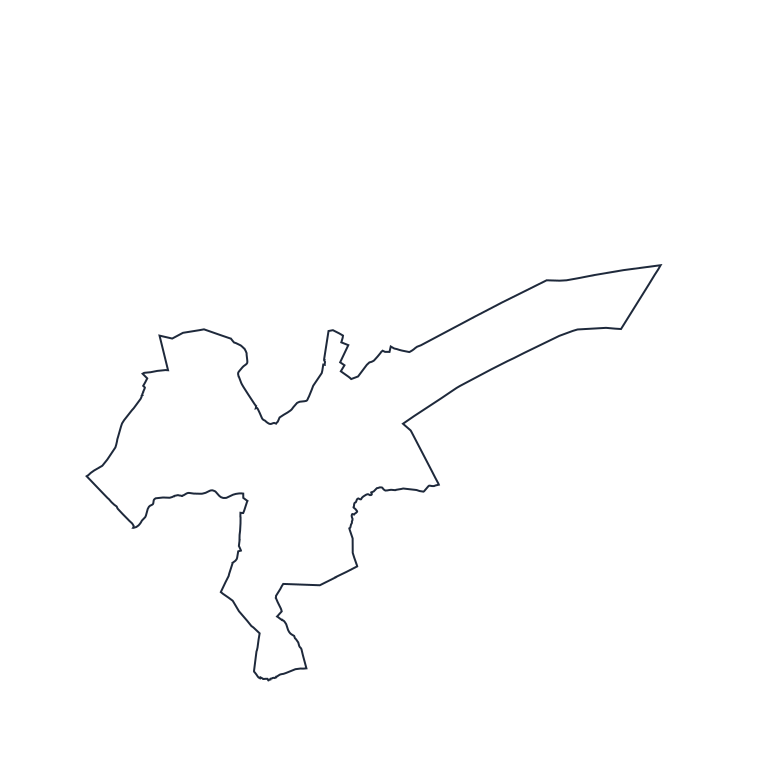 outline of Woudenberg, Utrecht, Netherlands, rotated 142°
{"feature_id": "6326949B36718410472652", "entity_name": "Woudenberg", "entity_type": "district", "adm_level": 2, "iso_a3": "NLD", "parent_name": "Netherlands", "parent_adm1": "Utrecht", "projection": "mercator", "projection_center": [5.439, 52.08], "detail": "fine", "context": "isolated", "style": "outline", "palette": "slate", "viewbox_px": 768, "rotation_deg": 142, "n_neighbors": 0, "source": "geoboundaries", "source_scale": "gbopen_adm2", "svg_char_len": 6140}
<svg xmlns="http://www.w3.org/2000/svg" viewBox="0 0 768 768"><g transform="rotate(142 384 384)"><path d="M641.7,217.5L639.1,216.6L629.4,213.8L625.0,211.2L622.7,209.3L620.2,207.7L614.9,220.2L612.3,225.9L612.2,226.6L612.1,227.5L612.3,228.4L612.2,229.2L612.0,230.0L610.7,233.1L610.5,236.6L610.5,237.2L610.7,238.5L609.9,240.8L610.9,243.3L611.2,244.3L611.4,245.2L611.4,247.1L611.0,249.3L609.1,254.5L608.9,255.2L608.7,257.9L608.8,259.1L609.2,259.9L609.7,260.7L609.4,261.0L610.1,262.0L611.1,265.8L611.4,266.6L604.6,267.8L603.9,269.4L603.5,270.7L602.1,277.5L601.1,281.3L601.1,281.9L600.9,282.2L600.3,282.5L599.6,283.5L591.9,286.3L589.1,287.6L586.5,288.5L558.7,265.1L558.4,264.9L541.0,261.4L541.0,261.6L529.5,259.1L517.4,256.8L517.1,257.4L514.3,265.7L512.6,270.2L503.8,281.6L500.9,289.9L500.2,291.6L499.5,291.5L498.8,291.7L496.6,293.5L494.8,294.3L493.8,295.6L493.0,295.9L491.8,297.1L491.4,298.5L490.7,300.0L489.6,300.9L489.0,301.0L488.6,300.6L488.0,299.6L487.5,299.8L485.2,299.7L483.8,299.9L483.7,300.0L483.5,300.5L483.5,302.2L483.5,302.9L484.0,305.4L483.9,305.7L483.0,306.1L481.5,307.7L480.6,308.3L480.0,308.4L479.2,308.2L478.7,308.3L476.4,309.7L475.3,309.8L474.7,309.6L473.7,307.7L473.0,307.3L471.3,308.0L469.6,308.1L466.5,307.8L465.1,307.4L464.3,306.8L463.5,305.1L462.6,304.5L462.1,304.4L461.4,304.7L461.2,305.1L461.1,305.9L461.0,306.3L460.7,306.5L460.0,306.2L459.9,306.1L458.2,305.7L453.8,306.3L452.6,305.7L450.9,305.1L449.9,304.3L449.2,303.4L449.2,301.3L448.9,300.1L448.5,299.2L446.9,298.1L445.3,297.3L443.6,296.3L440.7,293.6L440.1,293.2L439.7,293.2L434.9,290.6L433.6,290.0L433.2,289.8L423.8,280.6L423.2,279.8L422.5,278.7L421.8,277.7L419.2,274.9L418.5,274.8L412.1,276.1L411.1,276.1L410.4,275.6L408.9,273.9L407.5,272.8L405.8,272.3L402.8,270.9L402.5,271.9L401.3,278.7L399.8,286.5L391.9,329.0L391.6,330.9L391.7,331.6L393.2,339.3L393.4,340.5L393.5,341.0L380.2,340.2L347.8,337.5L336.1,336.7L329.2,336.2L325.4,335.7L290.5,329.5L272.7,326.0L265.6,324.4L254.4,322.2L216.2,314.0L202.5,309.6L197.9,307.8L174.4,291.5L168.1,285.6L163.4,281.4L114.3,299.3L103.4,303.4L97.3,305.5L92.9,307.3L125.2,326.3L150.9,340.2L166.6,348.2L176.4,353.4L182.0,357.3L192.0,365.6L240.9,375.6L270.0,381.0L331.1,391.8L335.0,393.0L337.4,393.1L339.0,393.0L341.3,393.1L343.5,393.4L344.4,393.6L349.2,399.2L350.9,401.4L352.3,403.5L354.1,405.7L355.6,409.4L359.9,405.9L363.4,408.7L364.6,411.1L366.9,410.9L367.6,410.6L372.1,409.6L377.2,408.7L378.0,408.7L379.6,409.0L380.6,409.3L382.2,410.0L385.7,409.7L399.8,405.9L406.8,408.1L407.1,410.0L407.5,411.6L410.2,420.6L403.6,423.1L405.2,428.1L388.2,436.6L392.0,443.1L388.2,445.8L386.5,447.4L388.1,451.4L391.1,457.8L391.4,458.0L395.1,459.9L415.7,440.6L416.2,440.0L416.1,439.8L416.5,439.7L416.9,437.7L418.5,436.2L418.9,435.6L419.9,436.7L424.4,432.5L426.4,430.9L440.9,426.2L444.3,424.1L451.1,420.2L451.9,419.9L453.9,418.8L454.8,418.5L455.7,418.6L457.3,419.4L461.3,421.9L462.7,422.3L464.2,422.6L469.5,421.6L472.4,420.8L473.9,420.7L477.5,420.9L482.0,421.5L486.9,421.9L490.9,419.7L492.2,419.6L493.4,419.2L494.5,420.9L495.2,421.3L497.4,422.0L498.1,422.4L498.9,423.3L499.2,424.0L499.6,425.0L500.0,426.4L500.3,428.3L501.1,430.0L501.3,431.2L501.2,432.2L499.8,437.6L498.8,442.1L498.8,443.1L498.9,443.4L500.0,443.8L499.3,444.3L498.8,445.1L498.3,445.4L498.4,446.0L498.4,447.6L497.4,459.7L496.6,468.1L496.2,471.1L495.9,472.6L493.9,479.0L494.0,479.3L492.9,481.6L492.4,482.2L492.0,482.6L490.9,483.1L485.3,484.3L483.7,484.5L480.9,484.4L479.7,484.5L478.9,484.8L478.1,485.5L477.2,486.8L474.2,491.7L473.5,492.6L473.2,493.2L472.7,495.0L472.2,497.8L472.4,498.1L472.7,500.4L473.1,502.4L473.3,502.9L475.5,507.4L476.6,509.0L476.7,510.8L476.7,514.1L477.0,514.4L481.9,521.9L492.2,537.9L496.4,540.1L510.9,548.1L522.9,550.2L531.1,560.3L545.7,527.8L547.6,529.5L554.6,533.9L560.7,537.0L565.4,540.0L566.3,540.5L567.9,540.7L567.1,534.2L571.2,532.3L574.9,530.8L574.6,528.6L574.7,528.3L576.0,527.5L578.4,526.2L578.6,526.1L578.6,525.9L580.4,525.0L581.2,524.4L581.2,523.9L582.2,524.0L582.4,523.7L582.9,523.2L584.8,522.2L585.4,522.0L596.1,519.0L598.9,518.5L611.1,515.5L614.7,514.2L617.3,512.5L625.8,506.3L628.2,504.6L629.7,503.2L632.3,501.1L634.7,499.4L648.6,494.8L656.3,493.0L665.6,494.3L669.8,494.5L673.0,494.2L675.1,494.4L672.6,469.7L672.0,464.1L671.7,462.8L671.5,458.6L670.9,454.9L670.1,452.2L670.1,451.9L670.6,450.0L670.6,449.3L670.0,442.5L669.1,434.7L669.0,433.5L668.3,429.1L668.6,426.4L669.8,425.2L670.2,425.1L670.0,424.9L667.2,423.8L664.5,423.7L662.8,424.0L661.0,424.5L658.9,425.4L654.1,426.1L652.6,426.9L647.1,431.0L645.7,431.6L644.8,432.0L643.3,432.1L641.0,431.6L640.1,431.6L639.3,432.0L637.1,434.1L636.5,434.4L635.5,434.6L634.3,434.5L628.0,430.6L622.9,426.3L620.4,425.3L618.3,424.9L618.3,424.7L617.7,424.7L614.8,423.3L613.7,421.9L612.7,421.0L612.4,420.3L611.8,419.9L611.0,420.0L610.3,419.7L607.1,419.3L606.0,419.0L604.9,418.4L603.9,417.4L601.4,414.8L595.7,410.1L594.6,409.4L591.6,408.1L586.9,407.1L585.9,406.7L585.0,406.1L584.7,405.9L584.0,404.9L583.2,403.5L583.0,402.6L582.7,397.5L582.4,396.1L582.1,395.1L581.0,393.4L580.4,392.8L578.9,391.7L578.2,391.3L571.1,389.7L568.4,388.6L565.6,387.0L563.6,385.5L562.4,384.3L565.0,380.9L563.6,375.9L564.0,375.8L572.0,370.4L574.4,369.0L574.7,369.2L576.4,370.9L579.0,367.7L579.0,367.4L582.9,362.5L587.8,356.9L590.7,354.0L593.8,350.2L593.7,350.1L598.1,345.7L598.1,345.4L599.2,341.0L599.3,340.8L601.9,341.9L606.7,337.5L607.9,336.7L609.9,336.2L613.5,336.3L613.5,336.1L622.8,329.8L624.7,328.3L630.7,325.5L640.7,320.5L640.1,317.9L638.0,311.2L636.7,306.5L636.7,305.9L638.2,294.2L637.6,281.7L637.5,274.7L637.3,274.3L636.8,272.5L635.5,264.1L640.3,259.7L645.9,254.2L648.1,252.4L649.1,251.8L663.3,237.7L663.5,236.9L663.4,236.4L663.4,233.9L663.6,231.1L663.5,229.8L663.4,229.6L662.9,229.3L662.9,228.5L662.8,228.2L662.5,228.2L661.9,228.7L660.9,226.5L660.9,226.0L659.7,225.1L659.1,224.8L658.5,224.3L657.4,223.5L657.4,223.2L657.6,221.9L657.6,221.6L657.4,221.5L656.5,221.7L655.5,221.1L655.2,221.5L654.8,221.6L653.4,220.9L652.8,220.9L651.8,220.4L651.4,220.1L651.4,219.8L651.3,219.7L649.6,219.2L649.5,219.3L649.4,219.7L649.2,219.8L648.3,219.4L645.9,219.2L644.6,219.0L642.9,218.2L641.7,217.5Z" fill="none" stroke="#1e293b" stroke-width="2"/></g></svg>